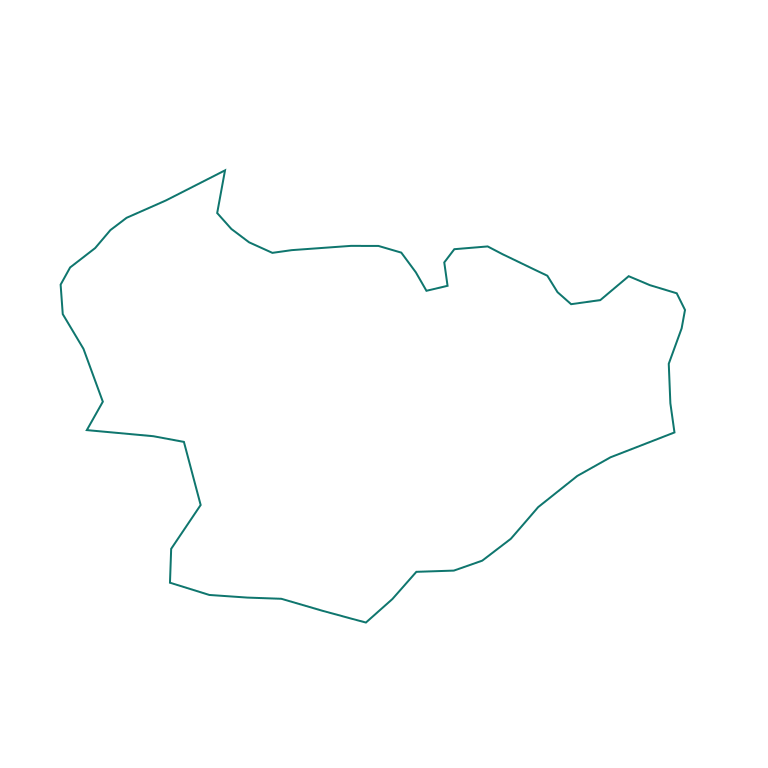 the district of Gijang-gun, South Gyeongsang, South Korea, rotated 262°
{"feature_id": "91817680B54012703126739", "entity_name": "Gijang-gun", "entity_type": "district", "adm_level": 2, "iso_a3": "KOR", "parent_name": "South Korea", "parent_adm1": "South Gyeongsang", "projection": "mercator", "projection_center": [129.209, 35.283], "detail": "fine", "context": "isolated", "style": "outline", "palette": "teal", "viewbox_px": 768, "rotation_deg": 262, "n_neighbors": 0, "source": "geoboundaries", "source_scale": "gbopen_adm2", "svg_char_len": 903}
<svg xmlns="http://www.w3.org/2000/svg" viewBox="0 0 768 768"><g transform="rotate(262 384 384)"><path d="M379.7,83.3L364.4,148.3L354.5,177.8L289.7,185.6L250.4,150.3L217.0,144.4L199.4,181.7L191.5,219.0L185.6,252.4L167.9,291.7L155.8,319.9L150.3,332.9L169.9,362.4L193.5,389.9L189.5,427.2L195.4,456.7L213.1,488.1L228.2,505.4L240.6,519.5L266.1,562.7L279.9,598.1L295.6,664.9L325.1,664.9L364.4,668.8L397.7,686.5L414.0,691.9L415.4,692.4L433.1,686.5L444.9,661.0L456.7,641.3L437.0,609.9L437.0,580.4L450.8,568.6L468.5,560.8L476.3,549.0L496.0,519.5L505.8,505.8L507.7,472.4L496.0,460.6L472.4,460.6L470.4,439.0L490.1,431.1L511.7,419.4L521.5,397.7L525.4,370.3L529.4,311.3L529.4,291.7L543.1,270.1L558.8,254.4L576.5,242.6L617.7,256.3L596.1,193.5L584.4,152.2L574.5,134.5L558.8,116.9L543.1,89.4L527.4,77.6L497.9,75.6L460.6,91.3L433.1,97.2L405.6,103.1L379.7,83.3Z" fill="none" stroke="#0f766e" stroke-width="2"/></g></svg>